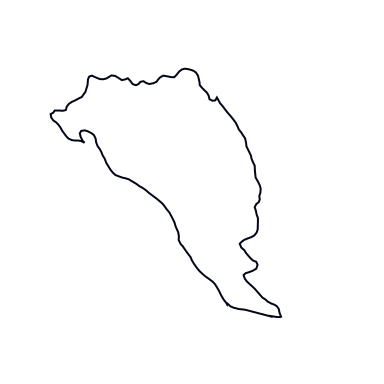 outline of V-1 Mahaica/Mahaicony, Mahaica-Berbice, Guyana, rotated 146°
{"feature_id": "73187651B37503921444880", "entity_name": "V-1 Mahaica/Mahaicony", "entity_type": "district", "adm_level": 2, "iso_a3": "GUY", "parent_name": "Guyana", "parent_adm1": "Mahaica-Berbice", "projection": "robinson", "projection_center": [-57.895, 6.278], "detail": "fine", "context": "isolated", "style": "outline", "palette": "ink", "viewbox_px": 384, "rotation_deg": 146, "n_neighbors": 0, "source": "geoboundaries", "source_scale": "gbopen_adm2", "svg_char_len": 2888}
<svg xmlns="http://www.w3.org/2000/svg" viewBox="0 0 384 384"><g transform="rotate(146 192 192)"><path d="M122.9,291.5L124.6,293.9L126.6,296.1L129.1,298.3L131.8,299.2L135.1,299.1L139.5,297.7L142.5,297.1L145.2,299.0L147.6,301.5L150.7,304.5L154.0,304.9L156.8,304.3L159.9,303.2L163.5,303.9L167.0,305.4L168.9,307.8L170.3,311.0L173.2,312.2L176.0,311.4L178.7,311.9L180.8,314.5L181.1,319.1L181.6,322.2L184.4,322.7L187.6,324.0L189.2,327.8L190.8,331.2L193.6,333.7L196.8,333.8L199.6,334.0L202.7,335.2L205.3,337.2L207.9,341.1L209.9,344.4L212.6,345.2L215.1,343.7L217.1,341.2L219.0,338.9L221.2,337.2L224.2,334.7L226.9,333.7L230.2,332.4L233.6,332.9L237.7,333.3L241.3,333.9L244.9,333.9L248.1,332.8L250.8,330.5L253.7,331.6L256.3,333.6L260.2,336.3L262.8,335.3L265.6,335.7L267.0,332.5L267.0,329.0L265.7,325.7L265.1,322.4L265.0,319.0L265.4,315.1L265.2,311.9L265.1,308.6L264.5,305.3L262.5,302.1L260.1,300.0L257.5,298.3L255.3,296.1L253.6,292.9L254.0,296.1L253.4,300.3L252.2,303.4L249.6,304.6L246.4,303.0L244.5,300.7L242.5,297.1L241.5,294.0L242.0,290.3L243.7,286.7L244.6,282.9L244.5,279.5L244.7,276.3L245.6,272.2L245.7,268.8L246.8,263.9L247.0,259.4L247.1,255.8L246.8,252.3L246.0,248.9L244.2,246.3L241.7,242.9L239.7,240.8L237.3,237.9L236.0,234.9L233.9,230.6L232.2,226.0L230.6,222.9L229.2,219.2L228.2,215.3L226.9,211.6L225.9,208.7L224.8,205.5L224.0,202.6L223.0,199.0L222.7,195.9L222.7,192.6L222.2,187.4L222.7,183.0L223.5,176.7L224.9,172.4L225.9,166.5L227.7,162.5L229.9,159.7L230.5,155.2L230.0,152.1L230.0,148.0L229.9,143.5L229.6,138.7L230.3,135.6L230.5,131.3L230.4,126.2L230.0,122.2L229.1,118.3L228.2,114.9L226.6,110.7L225.0,106.0L224.5,102.7L224.6,99.2L225.0,94.0L225.6,90.2L225.9,85.1L225.6,80.6L225.8,78.9L224.9,79.4L224.1,75.8L222.3,72.9L218.5,68.7L213.9,64.8L196.5,45.0L196.5,45.5L191.3,40.7L188.9,39.1L187.9,38.8L186.9,43.1L185.5,46.4L185.5,49.6L186.6,52.4L188.6,55.1L190.5,58.8L191.3,62.1L192.6,64.9L193.1,68.6L193.6,72.7L194.1,76.7L194.9,80.3L195.8,83.9L196.5,86.9L196.7,90.5L195.7,94.3L192.9,94.7L190.1,93.8L186.1,92.8L181.6,92.5L178.3,95.0L177.8,98.2L179.8,101.2L180.5,104.2L180.9,107.2L181.3,110.8L181.2,114.6L182.2,118.4L181.4,122.4L178.6,123.0L175.4,123.1L172.0,122.4L168.1,121.4L164.8,121.1L161.2,122.2L158.6,124.1L156.7,126.7L153.9,130.6L151.9,133.6L151.0,137.2L149.6,140.5L148.5,144.4L145.5,146.0L142.3,146.3L140.0,147.9L138.5,151.0L135.8,153.1L133.3,156.2L132.2,159.1L131.5,163.7L131.2,168.3L129.6,171.4L127.8,174.7L125.3,178.8L124.8,182.3L124.1,186.2L122.8,189.1L122.2,193.1L121.8,196.1L121.3,199.5L119.6,202.7L118.0,206.7L118.0,210.3L117.9,214.1L118.2,217.7L117.5,221.2L117.0,225.0L117.2,229.0L117.5,232.9L118.1,237.7L118.4,241.7L118.6,246.0L119.1,250.2L118.7,253.4L118.5,256.4L121.4,254.9L124.1,256.3L125.6,259.1L124.3,262.7L124.1,266.1L124.8,269.4L125.5,273.0L125.8,276.3L124.3,279.0L123.2,281.8L122.0,285.1L121.9,288.9L122.9,291.5Z" fill="none" stroke="#020617" stroke-width="2"/></g></svg>